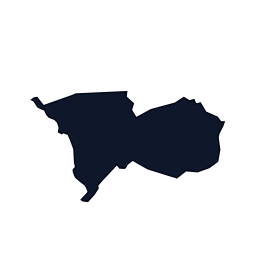 Fraile Muerto, Cerro Largo, Uruguay, rotated 233°
{"feature_id": "84410073B83250552762977", "entity_name": "Fraile Muerto", "entity_type": "district", "adm_level": 2, "iso_a3": "URY", "parent_name": "Uruguay", "parent_adm1": "Cerro Largo", "projection": "orthographic", "projection_center": [-54.446, -32.51], "detail": "fine", "context": "isolated", "style": "filled", "palette": "ink", "viewbox_px": 256, "rotation_deg": 233, "n_neighbors": 0, "source": "geoboundaries", "source_scale": "gbopen_adm2", "svg_char_len": 1059}
<svg xmlns="http://www.w3.org/2000/svg" viewBox="0 0 256 256"><g transform="rotate(233 128 128)"><path d="M58.9,136.9L59.1,148.6L51.3,157.2L47.6,169.1L47.5,179.5L55.6,188.2L60.5,190.9L66.3,194.2L68.9,197.1L72.6,204.7L75.0,208.4L77.1,205.7L82.9,205.8L86.8,203.6L93.9,199.6L104.4,200.8L105.6,197.8L106.8,196.6L111.0,197.7L112.6,193.3L118.7,190.9L119.4,180.6L128.7,157.5L131.2,140.6L140.3,141.4L144.3,146.9L154.0,145.1L157.8,148.7L186.4,106.9L187.5,102.6L196.6,73.8L207.1,73.6L208.5,70.9L208.5,68.1L206.0,69.2L199.1,68.7L196.0,70.2L192.5,72.3L188.2,71.3L184.2,71.5L179.0,74.7L174.8,75.2L169.7,73.4L166.6,70.2L163.5,71.6L163.2,73.8L158.9,76.4L152.3,74.8L143.7,72.2L132.5,64.6L128.2,62.7L127.6,59.3L126.1,58.2L121.9,56.9L119.8,56.6L112.9,58.2L108.4,59.4L105.0,59.1L102.0,58.2L100.7,57.7L99.9,53.8L99.3,49.9L98.8,47.6L96.8,48.4L93.6,51.7L95.5,61.3L97.9,67.7L100.5,69.2L102.1,76.8L105.6,97.3L101.0,97.4L97.9,101.2L98.4,103.2L99.5,105.5L99.6,112.5L93.9,114.8L83.6,119.3L62.1,134.7L60.4,136.2L58.9,136.9Z" fill="#0f172a" stroke="#020617" stroke-width="1.5"/></g></svg>